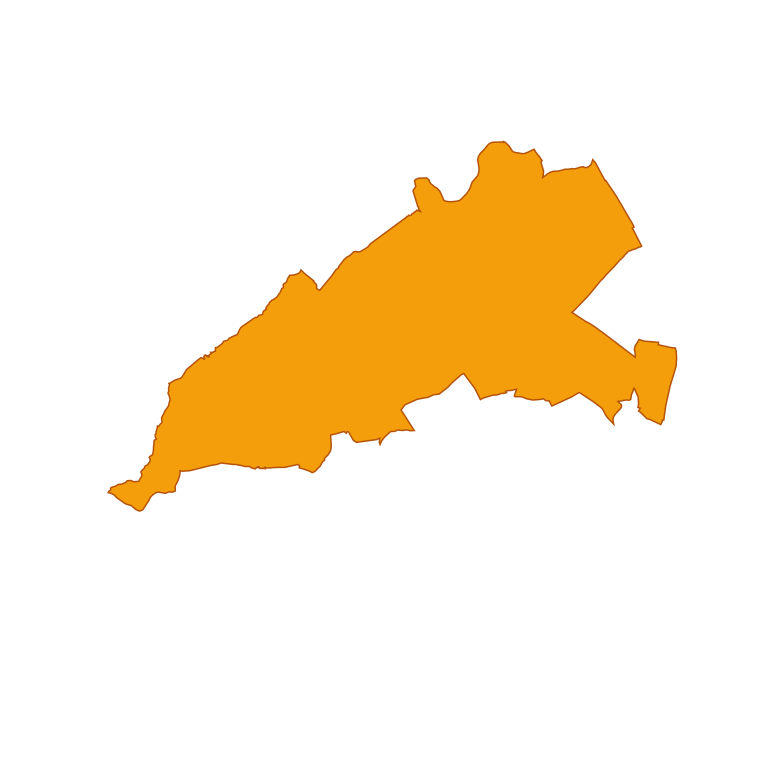 Buciumi, Bacau, Romania, rotated 62°
{"feature_id": "2599482B95030367373704", "entity_name": "Buciumi", "entity_type": "district", "adm_level": 2, "iso_a3": "ROU", "parent_name": "Romania", "parent_adm1": "Bacau", "projection": "orthographic", "projection_center": [26.788, 46.194], "detail": "fine", "context": "isolated", "style": "filled", "palette": "amber", "viewbox_px": 768, "rotation_deg": 62, "n_neighbors": 0, "source": "geoboundaries", "source_scale": "gbopen_adm2", "svg_char_len": 6156}
<svg xmlns="http://www.w3.org/2000/svg" viewBox="0 0 768 768"><g transform="rotate(62 384 384)"><path d="M350.4,678.6L352.5,676.2L355.7,674.1L357.9,673.7L359.8,672.9L367.6,669.0L369.1,667.9L372.7,664.2L378.2,662.1L381.1,659.9L381.6,658.8L381.8,656.3L381.3,655.0L376.2,645.9L374.6,643.8L373.8,642.1L373.4,640.4L373.0,638.0L373.0,635.4L373.5,634.0L377.6,628.8L378.0,627.5L378.2,624.9L380.0,621.8L380.4,620.4L380.4,618.4L376.3,616.5L372.1,610.7L368.6,607.2L365.8,605.2L364.8,604.9L366.5,602.7L369.5,595.8L374.7,574.8L376.7,569.0L377.2,565.3L377.5,564.6L384.5,554.5L385.9,551.8L386.8,551.2L389.3,547.8L391.6,545.4L393.3,542.2L394.2,541.0L395.3,540.8L398.4,537.7L398.3,537.3L398.4,536.5L397.9,536.0L397.9,535.4L398.3,534.7L397.9,534.0L398.2,533.7L399.3,533.9L399.5,533.7L399.2,533.2L400.5,533.1L400.8,532.0L401.9,530.4L401.6,528.5L403.0,528.7L402.6,527.7L403.1,527.3L403.4,526.1L405.0,523.3L405.6,521.5L408.3,515.9L411.0,510.9L414.6,497.9L416.4,496.9L418.2,498.2L421.7,494.6L426.4,490.3L428.5,489.1L428.7,488.5L428.7,485.8L426.6,479.2L424.0,474.9L423.6,474.0L423.4,472.2L422.0,471.5L421.4,470.7L420.5,467.1L418.7,463.8L417.4,462.1L414.2,459.8L404.0,455.1L405.6,449.2L407.2,441.4L408.6,441.1L409.8,440.3L408.8,439.4L409.1,438.4L409.8,437.8L419.4,437.5L422.6,435.7L429.6,416.7L429.8,413.2L433.5,415.6L435.6,415.9L433.2,412.8L431.3,408.9L429.1,400.5L430.8,396.9L431.1,393.3L433.6,389.8L435.2,385.4L437.5,382.9L439.3,379.1L415.0,381.1L412.2,375.3L413.1,361.7L416.5,351.0L416.8,345.2L418.8,340.0L416.8,328.8L414.7,322.7L412.2,312.0L412.1,308.7L430.2,305.9L443.0,306.2L443.0,303.0L444.9,293.3L446.5,289.8L447.2,287.1L447.3,285.1L448.4,282.8L449.1,279.9L447.8,280.2L447.5,279.2L449.5,274.3L450.8,269.3L455.8,274.6L456.8,274.2L457.9,271.9L460.2,268.2L463.8,265.2L467.9,260.3L470.7,254.0L472.0,250.0L474.5,249.1L476.5,246.1L482.2,246.2L483.5,224.5L483.1,216.4L483.5,215.3L498.7,207.1L506.1,203.7L508.6,202.8L516.4,202.8L519.2,202.3L527.3,200.0L523.7,198.9L521.7,197.7L520.8,196.8L519.4,194.3L516.4,186.0L515.3,184.8L514.1,184.3L512.9,184.4L509.2,185.7L512.0,177.1L513.3,175.6L513.5,173.9L513.3,173.3L509.7,170.6L506.5,166.7L505.1,165.7L505.2,165.0L514.8,165.7L521.4,168.7L523.9,170.8L525.7,169.1L527.3,171.9L529.3,170.9L537.9,168.2L540.1,165.9L549.8,158.7L547.8,156.0L546.6,155.1L547.2,153.9L535.4,145.4L519.9,132.1L505.5,117.8L498.9,113.7L492.0,110.5L488.9,109.9L488.0,111.5L485.6,114.7L478.0,123.5L476.1,122.0L468.2,134.3L464.5,137.9L468.1,144.0L469.3,145.4L471.2,146.7L475.3,148.0L478.3,149.7L443.5,165.7L431.6,171.5L426.0,174.7L423.3,176.7L408.9,184.5L408.8,182.9L402.6,164.0L400.8,159.2L394.1,143.2L394.2,142.4L391.6,135.8L388.4,125.7L385.6,118.4L384.0,112.5L383.1,110.8L381.8,106.8L381.6,104.5L382.0,103.5L382.1,101.4L382.9,97.1L382.7,95.0L383.4,93.1L383.2,91.8L362.8,91.5L362.8,89.5L359.3,89.4L327.1,90.7L308.2,92.7L308.2,93.4L287.9,93.4L283.9,94.4L286.3,96.7L287.4,98.3L288.2,101.2L288.1,103.1L287.4,104.8L285.6,106.3L284.5,109.7L284.2,112.2L283.3,115.2L282.2,116.6L281.1,119.9L279.2,123.8L279.0,124.9L279.0,125.8L278.4,127.4L277.9,130.1L277.3,131.0L276.9,132.4L275.7,134.4L275.1,138.4L275.3,141.3L275.7,143.0L276.1,146.8L274.5,145.4L270.8,143.1L261.7,141.3L260.9,139.5L255.4,140.2L255.4,140.4L248.6,141.4L248.6,141.2L247.1,141.4L246.9,148.2L246.4,151.9L245.9,153.2L242.5,157.7L240.6,160.1L239.1,161.3L232.8,161.8L227.2,163.6L225.9,164.8L226.6,165.4L225.5,166.6L221.5,174.7L221.2,177.7L221.4,179.3L224.2,186.1L225.3,189.9L226.0,191.5L227.7,194.0L229.8,195.9L238.1,198.8L240.9,200.4L244.0,203.4L247.2,211.5L251.4,216.1L253.3,218.9L254.8,222.0L257.1,229.2L257.4,231.1L257.0,233.1L255.1,238.1L253.2,241.6L250.7,244.6L249.7,244.9L240.9,244.2L239.1,244.4L235.7,245.4L233.8,246.7L229.1,248.6L227.6,248.8L224.7,248.5L222.1,249.6L218.7,256.3L218.2,260.3L218.8,261.6L224.4,263.2L225.0,263.8L226.2,266.6L227.1,267.7L243.5,270.9L243.9,270.5L246.1,271.2L248.8,270.9L247.4,272.3L246.6,272.7L246.6,273.0L245.9,273.3L245.9,273.6L246.6,275.6L246.5,276.6L247.1,277.5L247.1,278.4L246.8,278.8L246.8,279.3L247.6,280.4L247.6,281.8L246.6,282.9L247.2,284.3L247.1,284.8L246.8,285.2L247.2,285.5L253.0,324.9L253.9,330.4L255.3,333.6L255.6,335.2L256.0,342.4L255.8,343.7L255.1,345.1L253.7,346.7L253.1,348.7L254.5,353.7L254.5,357.0L255.4,360.8L259.0,368.8L260.1,369.5L260.5,372.7L263.9,379.2L271.1,396.8L268.1,398.7L265.6,397.3L264.2,397.0L260.2,398.1L260.0,397.6L248.9,402.3L244.3,403.8L245.2,404.6L246.1,406.5L246.0,409.8L245.2,413.1L243.7,416.2L245.8,419.7L248.4,422.5L248.5,425.6L249.0,426.4L251.3,427.4L251.7,427.8L251.8,429.6L252.8,430.7L254.8,433.4L255.4,435.1L256.2,436.2L256.9,437.8L257.5,441.8L257.3,443.6L257.7,444.2L257.7,445.4L258.8,447.6L259.5,448.2L260.0,450.2L261.3,452.3L261.9,452.8L262.6,452.7L263.0,455.5L263.5,456.9L265.3,458.3L265.6,458.8L264.6,462.6L265.5,464.2L265.4,465.2L264.8,466.5L264.9,467.5L266.6,482.5L267.1,484.2L268.8,486.8L271.5,490.3L270.9,496.0L271.1,498.1L270.8,499.0L271.8,501.2L271.9,502.0L271.0,505.4L271.1,505.9L272.2,507.4L273.4,513.3L272.8,515.8L276.0,517.5L275.5,518.7L275.6,520.4L274.7,522.2L276.0,521.9L276.2,524.6L276.8,525.5L277.4,525.2L277.8,526.0L276.2,526.6L276.7,527.4L274.9,527.7L274.4,528.3L274.6,529.3L275.3,530.3L277.6,530.5L277.6,531.0L277.2,531.4L275.5,532.5L274.8,533.3L275.4,537.1L278.6,551.8L281.8,556.8L283.2,559.7L283.3,561.3L282.4,567.0L282.7,570.3L282.5,573.7L283.7,573.6L287.0,576.5L289.0,577.2L290.8,579.1L293.1,579.1L297.6,580.3L299.7,582.5L302.3,584.7L305.2,590.5L306.5,591.9L308.7,595.3L309.8,596.5L313.2,597.8L314.0,598.7L314.5,600.7L315.1,601.6L315.4,602.9L314.7,603.7L315.0,604.1L315.8,604.3L319.1,607.6L320.8,608.6L321.1,609.5L321.6,610.0L323.5,610.8L326.0,611.0L325.8,613.2L326.1,613.5L327.9,614.9L328.9,615.0L330.3,616.4L334.4,618.8L337.1,620.9L337.7,621.6L338.1,625.0L338.5,625.7L340.7,625.8L342.7,627.3L343.7,629.6L344.3,630.3L344.5,630.9L344.2,631.9L344.4,633.7L346.0,635.5L346.4,637.7L347.5,640.0L349.6,640.1L351.0,640.8L352.1,641.8L353.4,644.4L354.7,645.7L354.6,646.6L353.0,650.6L350.2,653.1L349.0,655.7L348.9,656.6L349.9,658.9L349.5,659.5L349.3,662.6L347.8,666.1L348.3,668.0L347.4,672.6L347.4,673.8L347.7,674.3L349.2,675.1L349.7,677.6L350.4,678.6Z" fill="#f59e0b" stroke="#b45309" stroke-width="1.5"/></g></svg>